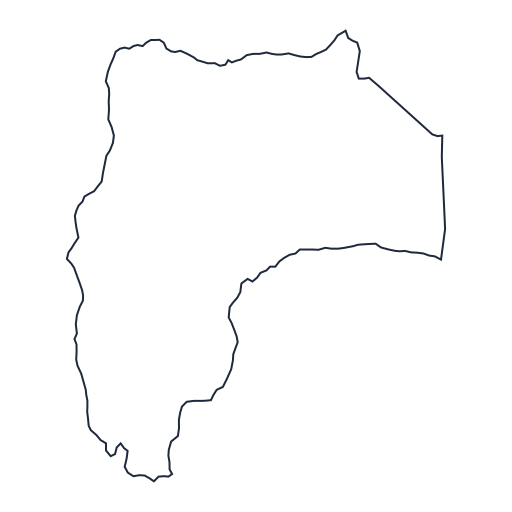 Poço Verde, Sergipe, Brazil
{"feature_id": "56859067B32075559146104", "entity_name": "Poço Verde", "entity_type": "district", "adm_level": 2, "iso_a3": "BRA", "parent_name": "Brazil", "parent_adm1": "Sergipe", "projection": "equal_earth", "projection_center": [-38.14, -10.822], "detail": "fine", "context": "isolated", "style": "outline", "palette": "slate", "viewbox_px": 512, "rotation_deg": 0, "n_neighbors": 0, "source": "geoboundaries", "source_scale": "gbopen_adm2", "svg_char_len": 2589}
<svg xmlns="http://www.w3.org/2000/svg" viewBox="0 0 512 512"><path d="M442.3,135.6L437.5,136.1L432.3,134.4L387.6,94.1L379.9,87.1L369.1,77.8L364.3,78.6L358.8,78.6L356.6,72.0L359.8,51.1L357.2,42.6L352.5,40.7L348.2,38.0L345.6,30.7L341.3,33.3L337.6,35.4L334.4,40.3L330.3,45.0L326.0,49.6L320.5,52.2L316.2,54.0L311.5,56.9L306.1,57.1L300.4,56.5L294.4,55.1L288.6,53.4L281.7,54.5L276.1,54.5L272.0,53.9L266.4,52.5L259.6,53.9L253.1,53.9L246.8,55.1L240.9,59.5L236.6,60.6L231.9,62.4L228.2,60.2L225.4,64.7L220.0,65.8L214.8,63.2L207.8,63.3L201.2,61.3L197.3,60.2L193.8,57.4L187.5,54.0L180.5,50.8L175.1,52.0L171.1,51.4L166.4,48.5L163.8,42.7L159.5,39.8L155.6,40.0L150.9,40.0L146.3,42.6L142.6,46.1L137.5,45.0L133.4,46.1L129.3,48.7L124.5,47.6L120.0,48.7L115.7,51.7L113.3,58.3L110.7,64.1L107.9,71.7L105.8,81.3L108.8,88.0L109.2,93.8L108.7,101.4L109.0,109.8L108.3,119.4L111.6,127.0L113.9,135.6L112.9,142.9L109.9,150.5L106.4,155.7L104.7,164.3L102.9,173.4L101.7,181.5L97.5,186.7L94.1,191.2L88.7,194.0L84.4,196.6L82.5,201.6L78.6,205.6L76.4,210.6L74.9,215.8L75.5,221.6L76.4,227.7L78.4,237.6L74.3,243.7L71.5,248.3L68.5,252.4L66.9,258.9L71.4,263.7L74.1,267.8L76.6,274.8L79.5,282.6L82.1,290.2L83.1,295.4L82.9,300.7L79.8,306.7L76.9,315.2L75.8,324.5L76.9,333.5L74.5,339.0L76.5,344.5L76.6,352.0L76.2,359.6L77.5,365.7L81.2,373.6L83.8,382.8L85.7,389.5L86.3,395.0L87.4,400.6L87.4,406.4L87.2,411.9L88.1,419.3L88.7,425.8L90.8,430.2L96.3,434.9L100.6,440.1L106.0,443.3L106.0,450.5L110.7,456.2L115.1,454.0L116.7,447.4L120.7,443.4L124.1,448.2L127.6,450.8L126.7,458.1L124.7,466.8L127.8,472.6L133.4,476.2L139.4,475.2L144.6,475.5L149.4,478.2L153.9,481.3L158.6,476.6L164.1,476.2L168.5,476.6L172.1,474.0L169.6,469.4L169.5,462.2L168.4,455.8L168.8,449.7L171.1,441.6L177.9,436.0L179.0,428.2L178.9,419.7L180.2,412.5L182.0,406.5L186.7,401.8L193.6,400.9L198.3,400.9L204.2,400.8L210.9,400.2L213.4,395.0L216.7,389.8L222.9,386.9L227.2,378.2L231.2,369.2L232.9,360.5L233.3,354.2L235.5,348.1L237.7,342.2L236.6,336.2L234.0,329.2L231.6,323.0L228.7,317.5L229.7,307.1L232.9,302.7L237.2,297.8L240.3,292.2L241.4,283.5L247.6,278.9L252.5,281.5L257.1,277.6L260.5,272.8L266.5,270.4L270.0,266.7L275.3,266.7L279.3,261.5L284.1,257.9L289.6,254.8L295.5,253.5L299.8,249.5L304.4,249.5L311.9,249.5L318.4,249.8L325.3,247.8L331.5,248.7L338.2,248.7L344.7,247.8L349.3,246.9L353.6,246.1L357.7,244.8L362.4,244.4L369.1,244.0L375.6,243.7L381.1,247.5L388.7,249.5L395.4,250.9L400.0,251.3L404.9,250.9L411.2,252.4L417.4,252.7L423.4,253.5L429.3,255.6L434.7,256.3L441.0,259.6L445.1,229.0L444.0,204.7L441.8,157.1L442.3,135.6Z" fill="none" stroke="#1e293b" stroke-width="2"/></svg>